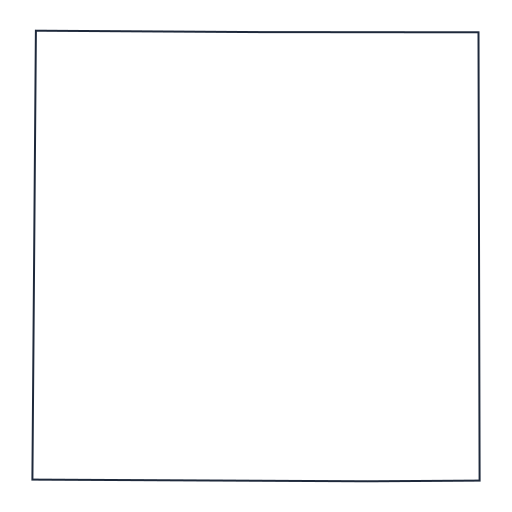 Carroll, Iowa, United States of America
{"feature_id": "52423323B39741133504454", "entity_name": "Carroll", "entity_type": "district", "adm_level": 2, "iso_a3": "USA", "parent_name": "United States of America", "parent_adm1": "Iowa", "projection": "orthographic", "projection_center": [-94.81, 42.036], "detail": "fine", "context": "isolated", "style": "outline", "palette": "slate", "viewbox_px": 512, "rotation_deg": 0, "n_neighbors": 0, "source": "geoboundaries", "source_scale": "gbopen_adm2", "svg_char_len": 205}
<svg xmlns="http://www.w3.org/2000/svg" viewBox="0 0 512 512"><path d="M478.5,32.3L258.5,32.1L35.9,30.7L32.4,479.6L367.7,481.3L479.6,480.6L478.5,32.3Z" fill="none" stroke="#1e293b" stroke-width="2"/></svg>